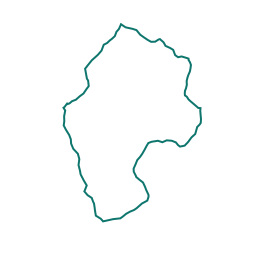 Agdash District, Ağdaş, Azerbaijan, rotated 18°
{"feature_id": "54616110B75800990015815", "entity_name": "Agdash District", "entity_type": "district", "adm_level": 2, "iso_a3": "AZE", "parent_name": "Azerbaijan", "parent_adm1": "Ağdaş", "projection": "natural_earth1", "projection_center": [47.449, 40.556], "detail": "fine", "context": "isolated", "style": "outline", "palette": "teal", "viewbox_px": 256, "rotation_deg": 18, "n_neighbors": 0, "source": "geoboundaries", "source_scale": "gbopen_adm2", "svg_char_len": 1792}
<svg xmlns="http://www.w3.org/2000/svg" viewBox="0 0 256 256"><g transform="rotate(18 128 128)"><path d="M164.1,43.3L160.6,43.3L156.9,43.4L153.7,45.2L150.3,44.1L146.8,39.7L143.4,38.9L138.3,38.3L135.3,35.5L130.9,33.6L129.7,34.4L127.2,37.5L123.3,38.9L119.4,38.1L115.5,37.0L110.8,35.5L105.8,32.3L101.7,32.3L94.6,33.0L89.3,31.5L89.2,32.6L88.8,36.6L87.3,40.1L87.1,44.7L85.2,48.1L83.6,50.4L81.9,53.6L79.2,56.3L78.9,62.6L76.7,67.8L72.7,74.7L70.6,80.2L68.9,84.9L73.7,93.8L75.4,95.2L77.7,100.3L76.5,103.8L75.0,109.0L72.4,112.6L69.7,117.2L66.5,119.8L64.8,122.6L62.4,124.5L62.3,124.3L61.9,125.4L61.1,127.7L60.4,128.7L62.9,130.8L63.6,136.5L65.3,141.2L66.1,145.5L69.7,149.0L74.3,152.9L77.1,156.4L78.7,160.4L82.4,164.7L88.3,168.0L91.3,172.6L92.4,178.5L95.6,183.6L97.3,186.8L102.4,191.8L106.5,195.4L106.1,201.8L110.4,204.4L115.1,205.7L117.7,209.0L119.0,210.3L121.0,214.3L121.9,216.3L124.5,221.3L130.1,222.7L132.7,224.2L133.1,224.5L136.4,222.6L141.8,219.4L144.6,218.1L148.6,216.3L150.4,213.9L152.8,210.1L153.4,209.5L155.9,206.8L159.0,204.2L161.0,201.6L162.6,198.9L164.6,195.5L168.8,191.1L168.8,190.4L168.8,187.0L168.1,185.2L164.3,181.1L162.4,178.7L159.1,175.2L154.7,173.6L150.9,172.0L150.3,171.1L147.0,167.8L145.9,164.9L146.4,160.2L146.7,155.7L148.4,151.8L149.5,148.2L150.4,144.0L151.3,139.0L152.0,136.0L154.7,133.8L160.4,130.9L165.1,130.9L168.6,127.8L173.5,126.6L178.0,126.9L180.9,128.8L183.2,129.6L184.1,129.1L187.3,127.3L189.4,123.0L191.3,117.3L193.8,112.9L193.5,105.7L195.1,102.5L195.6,100.6L194.7,97.1L191.4,89.3L190.8,86.7L188.6,87.2L185.6,85.9L183.2,84.9L179.3,83.3L176.7,82.1L174.3,80.1L172.1,79.4L171.3,77.6L170.7,75.0L170.9,72.4L170.6,68.7L169.3,65.3L169.0,62.0L169.0,59.2L169.4,55.2L169.0,52.0L168.4,48.6L166.6,46.3L164.7,44.7L164.1,43.3Z" fill="none" stroke="#0f766e" stroke-width="2"/></g></svg>